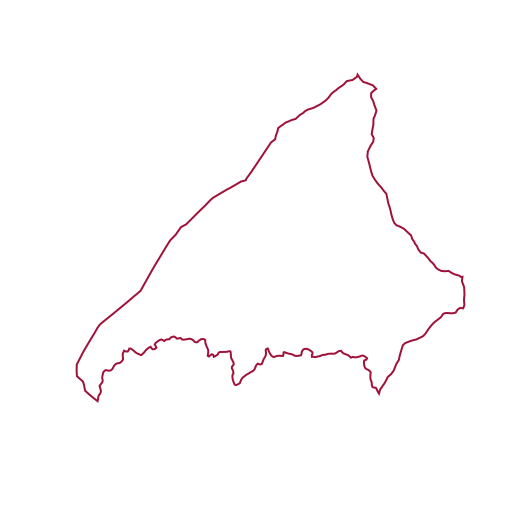 Kabondo Kasipul, Nyanza, Kenya (Equal Earth projection), rotated 169°
{"feature_id": "3690345B44381744243439", "entity_name": "Kabondo Kasipul", "entity_type": "district", "adm_level": 2, "iso_a3": "KEN", "parent_name": "Kenya", "parent_adm1": "Nyanza", "projection": "equal_earth", "projection_center": [34.874, -0.447], "detail": "fine", "context": "isolated", "style": "outline", "palette": "rose", "viewbox_px": 512, "rotation_deg": 169, "n_neighbors": 0, "source": "geoboundaries", "source_scale": "gbopen_adm2", "svg_char_len": 5928}
<svg xmlns="http://www.w3.org/2000/svg" viewBox="0 0 512 512"><g transform="rotate(169 256 256)"><path d="M439.2,143.7L438.5,145.3L437.8,147.4L437.0,149.1L435.4,150.5L434.1,152.4L434.0,154.7L434.2,156.2L434.3,158.5L432.8,159.8L431.2,161.2L430.4,162.4L430.2,163.9L430.3,165.4L429.7,167.4L428.9,169.3L427.9,171.2L426.5,172.2L425.3,172.7L423.3,171.8L421.2,171.3L419.9,171.7L418.5,172.5L417.4,173.9L416.5,175.1L415.4,176.0L414.1,176.8L412.4,177.1L410.8,177.0L409.4,177.3L408.3,178.0L407.2,178.8L406.3,179.9L406.0,181.5L405.9,183.4L405.5,185.3L403.6,188.2L402.5,187.4L401.3,187.0L400.2,186.7L399.0,187.8L398.1,189.3L396.8,189.1L395.6,188.0L394.4,186.7L393.5,185.5L392.3,184.0L390.9,182.8L389.9,182.2L388.7,181.2L387.5,180.6L385.4,181.9L384.2,182.7L383.1,183.7L381.4,185.0L380.2,185.7L378.8,186.4L376.8,187.0L376.1,185.1L375.1,184.2L373.9,183.9L372.4,184.3L371.2,185.1L371.7,186.7L372.3,188.5L371.1,189.8L369.1,190.8L367.7,191.5L366.5,191.9L364.7,192.1L363.4,191.0L362.2,190.0L360.8,190.9L359.3,191.1L357.0,190.8L355.7,191.8L354.5,192.5L353.2,192.6L351.9,192.6L350.6,191.6L349.5,190.0L347.7,189.9L345.8,190.0L344.4,188.0L342.8,187.7L341.1,187.5L339.2,187.5L338.0,187.5L336.8,187.5L335.7,186.9L334.6,186.2L333.5,184.9L332.6,183.4L331.1,182.6L329.7,182.7L328.6,183.7L327.3,184.1L326.0,184.8L324.6,184.8L323.0,184.3L321.8,183.3L322.2,181.6L322.2,179.7L321.9,177.5L321.5,175.5L321.0,173.7L321.0,172.1L321.2,170.7L321.9,168.8L322.4,167.2L321.3,166.3L319.5,167.5L318.1,168.0L316.8,167.0L316.7,165.1L315.5,165.3L314.4,165.8L312.5,166.5L311.3,168.0L310.2,168.6L308.6,168.5L307.1,168.1L305.7,168.0L304.6,167.7L302.7,167.5L300.8,167.7L299.3,167.2L299.3,165.5L299.6,163.5L299.9,161.1L299.6,159.6L299.1,158.1L298.4,155.8L298.6,153.7L299.8,152.7L300.9,151.7L301.1,150.1L300.6,148.7L300.4,147.1L300.5,145.2L301.6,144.0L302.2,142.1L302.4,139.8L302.2,137.6L301.9,135.5L301.4,133.7L299.9,133.1L298.6,133.4L297.5,133.8L296.2,134.2L295.2,135.8L294.1,137.4L293.0,138.6L291.7,139.4L290.6,140.0L289.3,140.7L288.0,141.3L286.7,141.7L285.0,142.3L283.3,143.0L281.7,143.4L280.2,144.1L278.8,145.4L277.8,147.0L276.6,148.7L274.9,150.0L273.0,148.8L271.2,148.7L270.1,150.0L269.1,151.9L267.9,153.6L266.9,154.6L265.7,156.1L264.9,157.9L264.6,159.7L264.5,161.6L263.7,162.7L262.1,163.0L261.6,160.3L261.1,158.2L260.5,156.6L259.8,155.1L258.6,153.9L257.5,153.4L256.2,153.7L254.1,153.8L252.4,153.7L251.1,153.4L250.0,153.0L248.5,152.8L247.8,154.5L247.3,156.1L246.2,156.2L245.1,155.2L244.0,154.7L242.5,153.9L240.7,153.2L239.4,152.6L238.1,151.6L236.8,150.6L235.6,150.3L234.1,149.9L232.5,150.0L230.8,149.9L230.0,151.3L229.3,153.3L227.8,154.9L226.4,155.5L225.0,155.4L223.3,154.9L221.6,153.6L220.2,152.3L218.9,150.6L219.3,149.1L220.2,148.0L220.3,146.3L218.9,146.2L217.5,145.5L216.3,145.4L214.7,145.6L212.7,145.5L210.8,145.9L209.3,146.2L207.4,145.8L205.7,146.0L204.0,146.2L201.6,145.9L200.0,145.6L198.6,145.3L197.2,145.2L195.4,145.7L193.6,146.6L192.4,146.8L190.6,146.8L189.8,145.1L188.9,143.9L187.3,142.8L186.1,142.0L184.7,141.3L183.6,140.0L182.3,138.1L180.5,138.5L179.4,138.1L178.1,137.6L176.6,137.4L175.4,137.5L173.9,137.5L172.3,137.8L171.1,138.0L170.0,137.8L168.6,136.9L167.6,135.8L166.5,134.5L167.3,133.2L168.5,133.1L169.8,132.7L170.3,131.1L170.6,129.0L170.6,126.9L170.1,125.0L169.1,123.9L167.8,123.0L166.4,121.6L165.6,119.7L166.5,117.1L167.0,114.6L167.1,112.7L166.7,111.0L166.6,109.3L166.9,107.7L166.7,105.2L165.2,104.2L163.6,103.9L162.9,102.2L162.6,100.6L162.2,99.1L161.5,97.4L159.7,101.2L157.5,103.2L156.5,104.4L155.0,105.7L153.6,107.1L152.2,108.9L149.8,112.0L148.2,113.0L145.8,114.4L143.2,116.7L141.4,119.2L139.2,122.8L135.5,126.9L134.2,130.2L131.8,134.9L128.9,140.4L126.1,142.1L123.7,142.5L121.7,142.9L118.4,143.3L114.5,143.5L111.7,144.2L107.4,145.4L104.7,147.3L103.0,148.9L100.4,151.6L96.9,154.6L93.6,156.9L90.4,158.5L86.2,160.6L83.2,163.6L80.3,163.8L77.1,163.0L74.0,162.2L70.7,162.4L68.4,164.9L65.5,166.1L62.6,165.1L60.8,168.1L60.3,172.5L59.7,175.1L58.8,178.0L58.2,181.8L57.7,185.1L57.8,186.8L58.2,189.0L58.7,192.0L57.3,196.2L58.7,196.3L60.8,198.3L63.9,199.7L67.1,202.0L69.8,204.6L73.5,205.0L76.8,205.9L79.8,208.1L81.7,210.4L82.7,213.1L84.0,215.5L85.9,217.9L87.4,221.1L89.0,223.8L90.7,226.4L93.7,228.0L95.5,231.7L96.1,235.0L97.4,237.4L98.1,240.1L99.4,242.8L99.8,246.5L102.0,249.5L103.6,251.8L105.6,254.5L107.9,256.4L109.9,257.9L112.3,259.4L114.0,262.2L114.8,266.4L115.2,271.0L115.3,275.8L115.6,279.3L116.1,282.4L116.1,286.7L116.2,292.2L118.1,295.5L119.5,298.5L121.3,301.6L122.9,304.3L124.7,308.2L126.3,312.5L126.8,316.4L127.0,320.0L127.2,324.2L127.4,327.7L127.8,332.0L126.3,337.3L124.3,339.9L122.1,342.8L119.2,345.7L117.9,349.4L119.2,353.5L117.5,358.2L115.8,362.3L114.5,368.2L112.0,371.9L110.0,375.8L111.0,381.6L111.4,385.9L112.7,389.8L111.9,393.9L109.5,395.5L106.1,397.1L108.7,401.2L112.1,403.3L115.0,405.1L117.5,406.4L119.7,409.9L121.7,414.6L122.6,412.7L127.8,410.3L130.0,410.4L133.6,410.3L135.9,408.6L137.6,407.4L141.5,405.7L143.6,404.8L145.7,403.5L146.8,403.1L147.9,402.6L150.5,401.2L152.0,400.0L154.5,397.7L156.4,396.3L159.5,394.6L161.3,393.8L164.3,392.5L166.3,391.9L167.5,391.6L170.7,390.6L171.8,390.4L174.6,390.1L177.4,389.8L180.0,388.9L182.7,387.3L186.2,386.0L187.8,385.0L191.0,383.0L194.7,382.7L196.3,382.4L197.8,382.0L201.2,381.4L202.4,380.9L204.3,379.9L207.6,378.5L209.8,377.3L211.3,374.0L213.7,370.1L214.9,366.9L217.8,365.5L219.5,364.7L244.7,339.3L249.9,334.5L250.9,333.5L251.7,332.2L256.3,332.0L266.8,328.3L272.4,326.6L281.1,323.5L287.2,321.3L290.4,319.4L296.0,315.4L304.6,309.8L318.5,300.4L324.1,298.7L330.8,292.2L337.3,287.7L340.8,284.0L343.1,281.5L344.2,280.3L349.6,274.3L358.1,264.9L363.0,259.2L369.6,251.4L376.0,243.8L383.8,239.5L391.4,235.2L402.8,229.0L407.6,226.4L420.1,219.8L422.7,218.2L425.3,215.7L429.9,210.4L436.3,203.4L443.4,195.4L452.7,183.6L453.1,181.4L454.0,177.6L454.7,172.2L452.6,169.3L451.2,167.7L449.8,165.7L449.4,161.9L449.5,156.4L447.3,153.5L445.8,151.5L443.1,148.2L439.2,143.7Z" fill="none" stroke="#9f1239" stroke-width="2"/></g></svg>